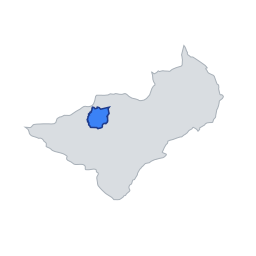 location of Bakouma, Mbomou, Central African Republic, rotated 167°
{"feature_id": "33826404B59000496677715", "entity_name": "Bakouma", "entity_type": "district", "adm_level": 2, "iso_a3": "CAF", "parent_name": "Central African Republic", "parent_adm1": "Mbomou", "projection": "mercator", "projection_center": [22.809, 5.544], "detail": "fine", "context": "in_parent", "style": "filled", "palette": "blue", "viewbox_px": 256, "rotation_deg": 167, "n_neighbors": 0, "source": "geoboundaries", "source_scale": "gbopen_adm2", "svg_char_len": 5550}
<svg xmlns="http://www.w3.org/2000/svg" viewBox="0 0 256 256"><g transform="rotate(167 128 128)"><path d="M176.3,96.3L178.5,96.9L178.9,97.6L178.3,99.9L178.7,101.3L180.0,102.5L181.3,103.0L182.5,103.3L186.9,104.1L188.7,104.9L191.0,107.6L194.0,110.1L194.7,111.3L194.6,112.5L193.7,113.9L193.9,114.5L195.2,116.0L196.8,117.4L199.7,119.1L204.6,121.6L206.9,123.3L207.7,124.6L208.9,126.0L210.7,127.3L211.9,128.3L211.1,131.1L211.3,132.0L211.8,132.8L212.8,133.9L213.2,135.3L214.3,137.0L215.5,137.8L217.5,138.1L218.6,139.0L220.9,140.4L223.0,141.6L224.0,142.4L224.5,143.2L225.0,144.0L225.3,144.9L225.3,146.8L225.7,149.1L226.9,150.7L228.0,151.9L223.5,150.5L222.9,150.5L222.1,150.7L219.7,152.4L219.0,152.6L216.1,152.3L209.0,151.0L203.6,149.7L201.9,149.2L199.0,148.8L197.1,149.6L195.3,152.6L194.8,153.2L191.9,154.1L190.6,153.9L187.3,154.7L182.2,153.4L180.4,153.7L179.0,154.3L175.4,155.7L173.2,156.4L170.6,157.1L168.2,158.2L166.5,158.8L164.9,158.8L163.5,158.2L161.9,157.7L160.0,157.6L158.0,157.9L156.3,159.1L155.7,159.9L154.2,162.2L152.5,165.9L151.8,166.6L151.2,167.0L143.3,165.1L139.9,164.7L137.6,165.3L134.7,164.2L133.4,164.1L132.8,164.4L131.2,163.9L128.6,162.7L126.1,162.1L123.8,162.3L122.5,161.9L121.4,160.7L119.9,158.5L117.4,156.2L113.9,154.5L111.7,153.1L110.9,152.2L109.0,151.7L106.2,151.6L103.4,152.5L99.5,155.3L95.9,161.0L93.8,163.1L92.2,163.7L91.8,165.1L92.6,167.3L92.8,169.8L92.2,174.0L92.4,177.1L91.6,176.6L90.7,175.2L90.4,174.9L87.9,175.5L86.7,176.1L86.0,176.7L85.5,176.8L84.8,176.0L84.2,175.9L83.2,176.0L82.2,176.0L81.6,175.9L81.2,176.0L80.1,175.5L75.9,174.3L75.2,173.9L74.4,173.9L72.2,175.0L71.1,175.3L67.7,175.9L64.0,176.2L62.6,176.2L61.6,176.7L61.0,177.4L59.9,181.3L59.6,182.0L59.6,182.9L59.3,186.1L59.4,187.1L55.0,195.8L54.3,194.3L53.9,192.6L53.7,190.7L53.8,190.2L53.5,189.6L53.1,188.0L53.5,187.0L53.2,185.9L52.3,184.9L51.6,184.1L51.1,183.3L50.8,183.0L49.9,182.9L48.8,182.5L43.9,177.4L38.8,171.7L37.8,169.9L37.3,168.8L38.6,168.7L38.9,168.5L38.9,168.0L38.2,166.5L37.8,164.7L37.2,163.5L35.2,161.8L33.3,160.4L32.7,159.7L32.3,158.8L31.6,152.6L31.3,150.8L30.7,150.1L30.2,149.7L30.1,149.3L30.2,148.2L30.4,147.2L30.4,146.8L30.9,145.9L30.9,140.2L30.3,139.4L29.2,139.4L28.5,138.6L28.0,137.5L28.2,136.8L29.3,135.6L30.0,135.2L32.2,134.2L32.8,133.8L33.2,133.2L33.4,132.4L34.7,129.5L36.5,126.6L37.3,126.0L39.2,121.6L39.7,120.5L40.0,119.4L40.6,118.5L42.7,117.0L44.2,114.5L45.9,114.6L47.6,115.0L49.8,115.2L51.6,114.7L52.7,113.7L58.1,112.0L58.5,110.6L59.3,109.9L60.3,109.2L60.6,109.2L60.7,109.6L61.3,111.1L62.5,112.5L64.3,114.0L64.8,113.9L65.9,112.8L68.7,112.0L69.4,111.7L71.4,110.0L73.8,108.9L75.2,108.5L77.6,107.3L79.4,107.5L82.1,107.3L86.7,106.7L90.1,106.6L91.7,106.3L92.2,106.1L92.8,104.5L93.3,104.0L94.6,103.3L97.0,100.8L98.6,98.6L99.1,97.9L99.4,97.7L100.1,96.8L99.4,95.9L96.7,94.0L96.7,93.8L96.6,93.5L96.7,93.2L97.8,92.4L99.2,91.6L100.7,91.2L104.6,91.3L108.0,91.1L108.8,91.2L111.4,90.7L113.1,90.3L115.0,89.4L119.1,89.5L122.6,87.2L123.6,86.8L124.0,86.4L124.2,86.1L125.8,85.1L127.6,83.2L129.0,81.5L129.4,80.3L133.3,76.3L134.7,76.3L135.4,75.8L136.9,73.1L137.4,72.6L139.0,72.1L139.8,71.3L140.5,70.1L140.5,68.6L140.2,67.4L140.2,66.9L140.5,66.3L141.2,65.8L144.1,64.3L144.9,63.6L145.4,63.0L146.2,62.8L147.1,62.9L147.7,62.5L148.3,61.8L150.4,60.9L152.3,60.2L154.3,60.5L157.9,61.4L159.0,63.4L159.5,64.1L164.0,68.7L164.9,69.8L167.1,73.1L168.5,75.4L170.1,78.6L170.2,80.4L170.0,81.9L169.7,86.2L169.3,87.4L167.3,89.7L167.2,90.7L167.6,91.6L168.2,91.9L168.6,92.4L168.4,94.4L169.1,95.1L170.6,95.7L174.3,96.0L176.3,96.3Z" fill="#d9dde1" stroke="#a8b0b8" stroke-width="1"/><path d="M164.3,137.0L158.2,135.4L157.8,134.5L157.5,134.1L156.9,134.1L156.3,134.4L155.4,134.1L154.9,134.2L153.2,134.4L152.5,135.5L152.5,136.1L152.0,137.1L150.6,137.8L150.1,137.6L149.4,137.8L149.2,137.8L148.9,137.3L148.4,137.3L148.3,137.6L147.8,137.8L147.3,138.0L146.5,138.7L146.6,138.9L146.7,139.1L146.6,139.4L146.1,139.8L146.0,140.1L145.9,141.2L145.8,141.6L145.8,142.0L145.6,142.3L145.5,142.7L145.6,143.0L145.9,143.5L146.0,143.8L145.9,144.0L145.7,144.0L145.3,144.0L145.2,144.1L145.4,144.3L145.4,144.5L144.9,145.1L144.4,145.3L144.0,145.5L143.9,145.9L143.6,146.1L143.4,146.2L143.2,146.4L143.3,146.6L143.1,147.2L143.2,147.7L143.3,148.0L143.1,148.6L143.1,149.1L143.1,150.4L143.0,151.1L142.7,151.5L142.4,151.8L141.6,152.5L150.4,152.5L151.0,153.4L151.4,154.2L152.5,154.9L152.9,155.2L153.4,155.2L153.7,154.2L155.9,154.2L156.1,154.8L156.4,155.1L156.4,155.4L156.7,155.8L157.0,155.8L157.3,155.9L157.6,156.0L157.9,156.3L158.1,156.2L158.0,155.9L158.0,155.7L158.3,155.5L158.5,155.3L158.7,155.1L158.6,154.9L158.9,154.4L159.0,154.1L159.0,153.9L159.2,153.6L159.3,153.4L159.6,153.2L159.7,152.9L159.9,152.6L160.1,152.5L160.1,152.0L160.3,151.9L160.4,151.7L160.6,151.6L160.7,152.0L160.8,152.0L161.1,151.7L161.5,151.8L161.6,151.5L161.9,151.3L162.0,151.2L161.9,151.0L162.0,150.7L162.3,150.6L162.6,150.7L162.8,150.3L162.8,150.2L162.9,150.3L162.9,150.5L163.0,150.6L163.2,150.4L163.3,150.4L163.4,149.9L163.5,149.2L163.9,148.4L164.0,148.2L164.6,147.9L164.6,147.7L164.6,147.4L164.6,147.2L164.8,146.9L164.9,146.6L165.1,146.3L165.3,146.2L165.3,145.9L165.5,145.7L165.5,145.4L165.7,145.2L165.9,145.1L165.5,144.8L165.4,144.5L165.4,144.1L165.6,143.9L165.5,143.6L165.8,143.5L166.0,143.3L166.0,143.1L165.8,143.0L165.5,142.9L165.3,142.6L165.3,142.3L165.0,141.9L165.1,141.6L165.1,141.4L165.3,141.2L165.3,140.9L165.4,140.6L165.5,140.6L165.5,140.4L165.4,140.3L165.4,140.1L165.5,139.9L165.5,139.7L165.3,139.4L164.8,138.9L164.7,138.5L164.7,138.2L164.5,137.7L164.5,137.3L164.3,137.0Z" fill="#3b82f6" stroke="#1e3a8a" stroke-width="1.5"/></g></svg>